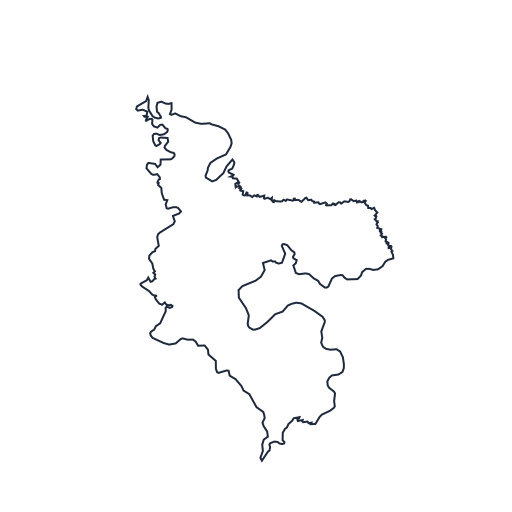 outline of Fonte Boa, Amazonas, Brazil, rotated 246°
{"feature_id": "56859067B70355458060690", "entity_name": "Fonte Boa", "entity_type": "district", "adm_level": 2, "iso_a3": "BRA", "parent_name": "Brazil", "parent_adm1": "Amazonas", "projection": "robinson", "projection_center": [-66.238, -2.546], "detail": "fine", "context": "isolated", "style": "outline", "palette": "slate", "viewbox_px": 512, "rotation_deg": 246, "n_neighbors": 0, "source": "geoboundaries", "source_scale": "gbopen_adm2", "svg_char_len": 6122}
<svg xmlns="http://www.w3.org/2000/svg" viewBox="0 0 512 512"><g transform="rotate(246 256 256)"><path d="M307.8,288.1L308.5,283.3L311.1,282.6L311.2,281.8L310.1,280.9L312.1,279.1L311.4,276.5L313.9,275.0L314.8,272.8L317.2,273.9L317.9,273.2L315.8,271.0L316.1,269.8L317.5,268.8L320.5,270.7L322.0,268.4L322.7,268.3L323.4,269.8L324.6,268.6L325.1,270.1L326.9,269.5L326.6,267.8L327.5,266.8L327.0,265.4L330.3,266.4L330.6,268.5L329.1,269.0L329.7,270.5L334.5,269.9L336.4,266.5L338.0,266.7L338.8,265.3L338.8,268.0L339.3,268.6L343.2,265.2L344.4,265.1L345.4,265.8L345.5,269.8L348.4,273.0L350.3,274.3L353.7,273.7L349.8,265.5L345.0,259.9L341.7,250.6L342.0,246.3L348.1,242.1L349.9,242.6L353.8,246.6L356.2,248.0L359.6,252.2L361.0,259.9L361.0,269.9L366.0,277.0L368.9,279.6L372.3,280.6L379.3,280.4L384.0,279.3L389.8,274.5L394.6,268.6L396.1,267.7L398.9,259.9L402.6,254.7L411.1,248.6L414.4,244.0L419.1,240.2L419.4,236.1L420.6,235.1L424.0,238.4L430.0,241.0L430.5,238.0L432.1,235.3L435.5,232.3L436.0,228.3L432.8,225.8L428.0,224.3L425.8,225.3L421.4,225.7L420.9,225.3L421.4,222.6L423.7,219.7L425.7,218.4L432.2,217.5L435.1,217.9L441.9,221.4L445.4,221.7L442.2,218.6L441.1,208.2L439.0,206.3L436.9,207.1L435.8,211.9L432.1,215.4L429.3,213.6L428.8,212.4L429.5,210.6L428.5,210.8L427.2,213.6L424.9,210.6L424.2,210.6L424.5,214.8L423.7,216.4L422.9,216.9L418.9,214.8L416.0,215.4L413.4,218.2L414.8,221.9L414.0,224.0L409.6,225.2L408.1,226.8L407.2,226.8L405.5,225.4L404.6,221.5L405.7,217.2L408.2,214.9L409.0,212.5L407.9,210.5L402.6,208.8L397.9,209.0L397.0,209.9L397.3,213.4L398.1,214.9L401.3,214.1L403.1,215.3L403.0,217.1L399.8,223.2L396.2,222.3L393.7,217.8L392.3,216.5L389.3,217.3L385.4,220.4L383.7,222.7L382.1,223.0L380.4,222.1L379.1,218.9L379.1,217.1L382.9,208.2L378.3,205.9L377.1,202.2L381.1,201.3L384.8,195.6L383.8,193.6L380.6,191.6L373.4,193.8L371.9,195.2L370.9,199.1L366.9,200.1L365.4,199.5L365.4,198.2L363.4,195.9L362.6,195.8L362.2,196.7L360.6,195.5L356.7,197.2L351.9,195.5L344.8,194.9L343.1,197.7L339.9,194.5L336.1,193.8L335.0,194.8L334.3,200.0L333.0,203.1L331.4,204.4L327.2,205.6L326.1,203.1L326.4,196.4L320.7,195.9L318.7,193.5L316.5,177.6L315.6,175.3L313.4,173.4L304.8,171.3L303.4,167.0L301.5,165.7L301.6,163.0L299.8,158.8L296.9,157.1L291.3,158.2L286.0,157.0L283.1,157.4L282.4,155.4L280.1,156.4L278.3,154.8L276.2,155.1L276.3,153.8L275.1,151.1L275.3,149.2L280.1,148.8L278.3,146.5L277.7,139.4L276.9,138.8L274.7,139.4L267.3,144.1L263.2,145.4L261.1,147.1L260.6,148.5L260.1,148.6L259.5,146.9L257.5,146.8L251.9,148.2L249.7,150.4L250.7,153.8L248.0,154.3L246.2,156.7L246.1,158.3L244.4,159.4L243.6,158.8L243.6,156.2L246.0,153.7L245.3,152.3L242.3,151.1L233.5,141.1L232.6,136.0L230.2,133.1L229.6,129.5L228.5,127.9L226.3,127.5L223.3,128.2L214.2,136.1L210.4,140.6L208.8,147.1L210.8,153.6L210.6,155.4L207.4,159.5L205.2,164.5L202.3,166.1L197.6,166.6L195.1,172.7L190.0,174.0L185.3,172.5L176.5,176.6L169.3,173.5L165.8,173.2L164.5,174.1L163.3,182.9L162.3,184.3L157.4,183.3L151.7,187.3L143.1,189.8L138.1,189.9L132.5,193.7L117.7,195.0L110.5,199.2L107.6,198.9L104.4,198.0L101.0,194.1L97.4,193.8L91.1,194.8L86.1,193.3L85.1,188.4L81.0,184.9L75.1,183.0L69.8,177.9L66.6,178.1L72.5,187.5L72.8,189.2L75.6,191.1L78.4,191.6L79.2,192.8L79.0,197.3L77.3,200.1L75.2,201.2L73.6,203.3L73.3,205.5L74.5,206.3L76.9,205.4L83.7,208.6L86.3,212.2L86.8,214.6L89.2,217.1L90.8,222.1L92.4,224.4L91.1,230.2L90.2,229.3L90.2,227.4L88.2,227.1L87.2,231.9L86.2,231.0L85.0,231.4L83.8,235.7L81.9,236.0L81.2,238.8L80.1,237.6L78.4,241.9L83.1,248.7L84.3,251.6L84.5,260.5L85.6,265.4L86.6,266.8L91.8,268.4L98.3,272.3L100.4,272.1L106.1,269.1L108.7,268.9L112.5,270.2L115.0,273.5L116.0,276.8L114.2,283.1L114.9,287.8L117.8,290.6L121.5,292.3L128.2,294.2L134.5,294.0L138.1,291.6L140.0,286.1L142.5,282.4L145.3,280.5L147.7,280.2L150.3,280.3L154.4,283.3L160.6,285.0L167.5,291.8L169.2,292.7L173.4,292.1L182.1,287.0L194.2,278.2L197.0,273.7L197.8,269.2L197.8,265.0L194.4,257.7L195.0,249.9L191.1,239.6L188.6,230.2L189.1,225.4L189.9,223.3L193.3,220.8L195.4,220.4L197.6,220.9L204.7,225.3L212.4,225.6L224.9,223.4L231.9,226.2L234.0,231.2L233.6,245.6L235.1,252.1L239.6,258.2L246.8,259.5L245.9,268.0L244.1,269.0L243.3,271.2L241.6,271.7L239.8,273.8L239.3,277.0L246.2,283.6L254.7,283.7L255.9,285.0L255.5,286.5L253.1,289.0L247.0,290.6L243.7,292.5L241.9,292.0L240.2,289.4L238.5,289.3L235.7,291.5L233.2,289.4L232.2,286.3L224.4,285.5L221.9,287.8L219.9,294.3L217.9,297.1L212.0,299.7L208.0,302.7L204.6,303.0L199.1,306.1L198.4,307.9L198.7,309.7L204.5,316.2L205.5,320.0L204.1,325.9L203.1,327.3L200.1,328.1L197.5,329.8L193.6,339.4L195.4,343.9L198.1,346.4L199.5,351.2L198.1,354.4L195.6,357.4L194.2,362.1L195.3,367.6L198.1,371.6L198.8,375.0L198.0,380.5L201.3,381.6L204.8,381.5L205.1,382.6L208.0,382.0L208.8,382.9L209.0,382.0L210.4,383.2L211.4,381.4L212.5,381.1L213.4,381.9L214.4,380.4L215.2,380.6L215.1,381.7L216.8,380.4L218.3,381.6L219.7,381.3L220.2,382.7L220.8,382.5L221.9,378.9L222.8,379.4L223.9,378.3L225.3,380.3L226.5,379.4L227.3,380.3L228.2,379.2L228.9,379.5L228.4,380.4L229.5,381.4L232.4,378.2L233.8,379.4L236.0,379.0L237.2,381.0L237.8,380.5L238.4,381.1L238.9,380.2L241.3,379.5L241.3,380.4L242.7,381.6L244.0,381.1L243.7,382.0L244.3,382.0L244.9,381.4L246.4,384.5L249.3,383.4L252.0,383.5L251.8,380.7L253.2,380.3L254.2,378.1L256.3,378.8L257.5,377.5L260.2,377.0L261.2,377.3L261.7,378.7L262.2,378.5L262.7,376.7L261.8,375.7L262.2,374.0L264.0,373.0L263.5,372.0L264.4,371.7L263.9,370.1L265.9,370.1L266.3,367.6L269.3,365.8L269.4,365.0L268.0,363.7L267.8,362.4L270.0,358.9L269.2,355.1L270.8,354.6L271.5,353.3L270.2,349.3L271.6,347.9L271.9,348.6L272.7,347.8L271.8,345.4L273.4,341.3L273.9,340.7L275.1,342.0L276.8,341.0L277.3,335.9L277.7,335.1L279.7,334.8L281.0,330.8L282.1,331.2L283.2,329.7L284.9,329.4L285.8,326.3L288.7,325.8L289.0,325.0L287.0,319.5L289.9,317.7L291.3,314.2L292.6,314.8L293.0,313.8L291.7,313.3L291.6,312.1L295.1,307.2L294.2,305.6L296.2,304.1L295.4,301.8L296.0,300.1L298.2,296.2L299.5,295.5L299.6,294.9L298.0,294.2L298.3,293.6L300.5,293.0L302.7,294.2L302.1,292.2L304.4,290.5L304.8,287.1L305.5,286.7L307.8,288.1ZM209.0,382.0L209.3,380.4L210.0,380.7L209.9,381.5L209.0,382.0Z" fill="none" stroke="#1e293b" stroke-width="2"/></g></svg>